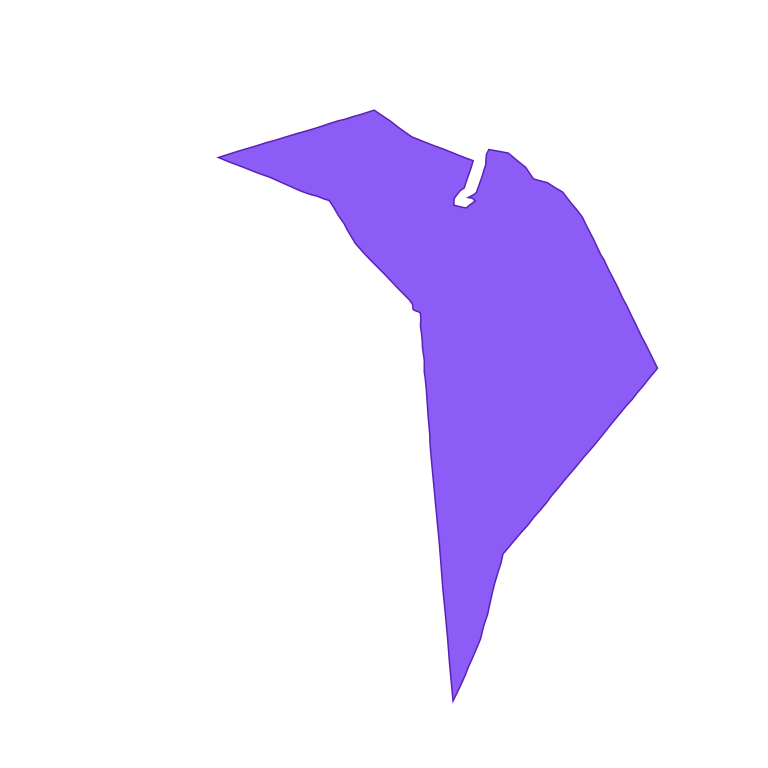 outline of Al-Kaim, Al-Anbar, Iraq, rotated 294°
{"feature_id": "34846034B30812362008382", "entity_name": "Al-Kaim", "entity_type": "district", "adm_level": 2, "iso_a3": "IRQ", "parent_name": "Iraq", "parent_adm1": "Al-Anbar", "projection": "albers", "projection_center": [41.099, 34.433], "detail": "fine", "context": "isolated", "style": "filled", "palette": "violet", "viewbox_px": 768, "rotation_deg": 294, "n_neighbors": 0, "source": "geoboundaries", "source_scale": "gbopen_adm2", "svg_char_len": 2367}
<svg xmlns="http://www.w3.org/2000/svg" viewBox="0 0 768 768"><g transform="rotate(294 384 384)"><path d="M509.7,627.4L510.3,626.7L517.4,618.2L522.3,612.3L527.2,606.4L532.1,600.0L542.2,588.2L548.5,580.6L554.4,573.8L559.8,566.7L566.8,558.9L574.1,549.9L579.5,543.0L586.9,534.5L590.6,529.1L596.1,522.7L601.1,517.0L605.8,511.1L611.3,504.2L617.1,497.4L621.2,490.0L625.0,482.2L628.7,475.1L632.0,469.2L633.1,459.3L634.4,451.3L633.2,444.4L632.2,437.1L636.1,430.7L639.6,425.3L640.9,420.1L643.0,412.3L645.5,403.8L643.9,396.7L642.3,390.3L640.9,384.4L637.8,384.3L635.5,384.2L631.8,385.4L625.6,387.8L620.1,388.3L614.3,389.1L605.7,389.8L596.4,390.5L593.5,388.9L588.6,385.1L589.6,389.2L588.4,392.9L583.5,390.1L578.3,387.5L577.5,384.5L575.7,375.0L581.9,372.7L585.6,373.4L591.7,375.0L595.9,377.6L599.4,377.1L608.8,376.3L617.1,375.6L624.3,374.6L623.7,366.6L623.3,356.9L622.8,342.8L622.0,331.7L621.6,322.0L621.1,309.0L622.6,301.0L624.5,291.8L626.8,283.0L628.5,272.7L630.2,263.7L625.4,258.3L620.9,253.3L616.2,247.5L609.8,240.4L605.3,234.5L599.9,228.4L594.4,222.5L589.2,216.7L583.0,209.4L577.3,202.5L569.6,193.6L562.6,185.6L556.8,178.5L549.2,170.0L540.5,159.7L531.8,149.8L524.6,141.8L523.6,140.6L523.8,151.0L524.8,167.9L525.4,183.5L526.4,194.9L526.4,205.9L526.4,215.3L526.4,222.3L526.4,229.0L526.8,234.9L527.1,238.8L528.4,247.0L528.7,254.8L529.4,259.2L524.9,266.2L519.4,273.7L514.3,282.3L510.4,287.0L505.6,293.7L502.4,298.4L501.1,299.9L495.3,312.5L490.1,325.4L485.3,337.9L480.1,350.5L475.9,360.7L471.1,373.2L468.5,377.5L465.9,379.1L464.0,380.2L463.6,381.8L463.9,385.3L463.9,388.1L459.4,390.8L452.0,393.6L445.8,397.5L439.7,401.0L432.6,404.5L422.2,411.1L411.5,415.8L406.0,419.3L395.6,425.2L370.7,438.4L356.7,446.2L348.0,450.4L334.6,457.8L294.6,480.3L259.2,500.3L257.5,501.2L220.4,521.3L198.8,533.6L176.9,545.9L158.3,555.9L139.0,566.7L122.5,576.0L124.9,576.1L138.7,576.6L151.0,576.7L160.1,576.2L169.3,576.3L181.0,576.1L190.2,575.9L203.5,573.5L215.5,572.4L230.2,569.3L239.3,567.5L246.4,566.3L257.9,564.8L258.7,564.7L268.1,563.7L277.2,561.8L282.2,563.4L290.5,565.7L303.8,569.6L313.4,572.8L322.8,575.0L332.0,577.9L340.6,580.5L350.7,582.7L360.4,585.6L372.4,588.8L384.9,592.6L398.8,596.4L412.3,600.6L424.9,604.0L439.5,607.8L451.0,611.0L462.5,614.2L470.9,617.0L479.0,618.9L487.1,621.4L497.0,623.9L508.3,627.1L508.9,627.2L509.7,627.4Z" fill="#8b5cf6" stroke="#5b21b6" stroke-width="1.5"/></g></svg>